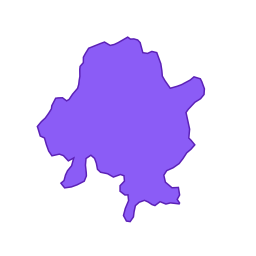 outline of Goesan-gun, North Chungcheong, South Korea, rotated 70°
{"feature_id": "91817680B74553451927555", "entity_name": "Goesan-gun", "entity_type": "district", "adm_level": 2, "iso_a3": "KOR", "parent_name": "South Korea", "parent_adm1": "North Chungcheong", "projection": "albers", "projection_center": [127.853, 36.767], "detail": "fine", "context": "isolated", "style": "filled", "palette": "violet", "viewbox_px": 256, "rotation_deg": 70, "n_neighbors": 0, "source": "geoboundaries", "source_scale": "gbopen_adm2", "svg_char_len": 1658}
<svg xmlns="http://www.w3.org/2000/svg" viewBox="0 0 256 256"><g transform="rotate(70 128 128)"><path d="M42.5,97.2L44.4,108.0L44.8,112.3L44.3,116.5L39.2,120.7L39.2,125.0L39.6,137.7L43.3,142.4L46.2,145.7L51.3,147.6L53.7,151.9L56.5,153.3L57.1,153.5L63.1,155.6L66.4,157.5L70.2,159.4L73.5,161.8L77.2,168.4L81.0,173.6L81.5,176.4L77.2,179.2L75.8,183.5L75.3,185.8L81.0,192.0L83.8,193.4L87.1,197.6L90.4,202.4L92.3,207.1L95.6,212.7L97.5,212.7L98.9,212.8L105.5,213.2L108.8,209.9L115.9,210.4L122.5,210.4L128.1,209.0L129.1,201.4L131.9,198.1L138.5,195.3L137.6,189.2L144.2,193.9L147.5,199.5L150.8,202.8L155.5,206.1L156.9,209.9L158.9,209.3L162.6,208.0L164.0,201.4L164.0,195.3L163.0,187.3L158.8,183.5L156.0,182.6L148.4,180.7L142.3,177.9L140.9,172.2L145.1,169.8L150.3,169.8L156.4,170.8L160.2,168.9L164.0,162.8L169.1,158.5L169.1,151.0L171.5,148.1L176.7,149.5L179.5,155.2L184.7,157.1L189.9,153.8L190.8,150.9L196.5,152.3L202.6,158.0L208.7,162.2L214.9,161.3L216.7,158.0L213.4,153.3L208.7,150.9L203.5,147.6L201.6,142.9L201.6,137.3L204.4,134.4L208.2,131.6L210.1,129.2L208.2,123.1L212.4,118.4L212.9,113.7L216.8,105.9L216.1,105.2L211.9,106.2L208.6,102.4L201.1,101.0L199.2,107.1L191.7,111.4L184.6,110.5L181.3,106.2L180.8,99.2L178.9,92.1L175.6,86.9L171.4,81.3L169.5,76.1L166.7,71.0L161.5,72.8L158.2,74.3L150.2,70.5L143.7,69.6L133.3,68.2L131.0,64.9L126.7,56.4L125.3,49.8L122.5,45.1L117.3,42.8L114.5,42.8L109.8,42.8L106.5,43.2L102.5,48.5L104.2,53.1L105.6,63.0L105.6,67.7L105.1,74.7L96.2,77.1L91.0,78.0L85.8,76.6L78.8,75.2L72.2,75.2L67.0,75.2L64.2,79.4L64.6,84.1L62.3,88.3L51.9,87.4L48.6,88.8L46.3,92.0L45.3,95.3L42.5,97.2Z" fill="#8b5cf6" stroke="#5b21b6" stroke-width="1.5"/></g></svg>